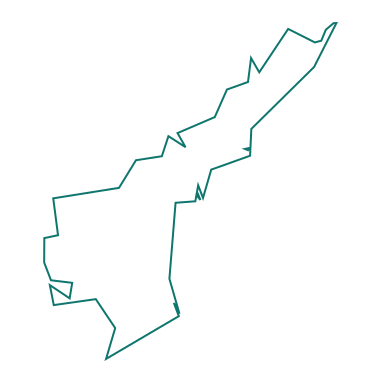 an SVG outline of Andhra Pradesh, rotated 358°
{"feature_id": "IND-2441", "entity_name": "Andhra Pradesh", "entity_type": "State", "adm_level": 1, "iso_a3": "IND", "parent_name": "India", "parent_adm1": "", "projection": "equal_earth", "projection_center": [79.939, 15.897], "detail": "coarse", "context": "isolated", "style": "outline", "palette": "teal", "viewbox_px": 384, "rotation_deg": 358, "n_neighbors": 0, "source": "natural_earth", "source_scale": "10m", "svg_char_len": 747}
<svg xmlns="http://www.w3.org/2000/svg" viewBox="0 0 384 384"><g transform="rotate(358 192 192)"><path d="M175.2,313.2L170.0,302.2L174.5,315.6L100.3,355.8L110.5,325.3L92.1,295.7L49.9,300.2L46.7,280.1L66.0,294.0L69.1,278.6L48.0,275.3L41.8,257.3L42.8,232.9L56.6,230.5L53.1,193.5L119.2,185.3L137.1,158.3L163.1,155.2L170.4,135.4L187.1,147.0L179.6,132.6L217.4,117.9L230.5,90.8L251.8,84.0L255.7,60.2L263.4,74.7L293.8,32.4L320.0,46.8L326.5,45.3L331.4,34.5L339.4,28.2L342.2,28.2L318.4,71.3L253.5,131.0L251.3,157.8L212.0,170.3L202.8,198.3L198.4,185.5L195.0,201.4L175.2,202.2L166.4,277.9L175.2,313.2ZM251.0,150.0L246.4,150.8L249.5,152.2L251.0,150.0ZM198.1,194.8L200.1,200.2L197.3,196.6L198.1,194.8Z" fill="none" stroke="#0f766e" stroke-width="2"/></g></svg>